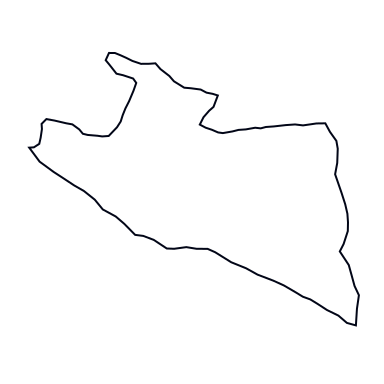 Livera, Cyprus, rotated 176°
{"feature_id": "46923920B2893427374385", "entity_name": "Livera", "entity_type": "district", "adm_level": 2, "iso_a3": "CYP", "parent_name": "Cyprus", "parent_adm1": "", "projection": "equal_earth", "projection_center": [32.951, 35.381], "detail": "fine", "context": "isolated", "style": "outline", "palette": "ink", "viewbox_px": 384, "rotation_deg": 176, "n_neighbors": 0, "source": "geoboundaries", "source_scale": "gbopen_adm2", "svg_char_len": 1513}
<svg xmlns="http://www.w3.org/2000/svg" viewBox="0 0 384 384"><g transform="rotate(176 192 192)"><path d="M351.3,247.6L341.9,232.9L328.8,221.8L321.5,216.3L309.1,206.8L299.7,200.5L289.5,191.1L282.2,180.8L269.8,172.9L261.8,165.0L251.7,153.2L243.7,151.6L233.5,146.9L221.1,137.4L213.8,136.6L201.5,137.4L191.3,135.0L180.4,134.2L173.1,130.3L166.6,125.6L157.8,119.2L143.3,112.1L132.4,105.0L117.1,97.9L106.9,92.4L95.3,84.5L88.7,79.8L81.5,76.6L74.9,71.9L65.5,64.8L54.6,58.5L46.6,50.6L37.8,47.5L35.6,64.0L32.7,77.4L36.4,86.9L38.6,97.9L40.7,108.2L48.7,122.4L44.4,129.5L39.3,142.1L38.5,150.8L38.5,159.5L40.0,169.0L42.9,180.8L48.0,199.7L45.1,210.8L43.6,225.0L44.4,232.9L50.2,242.4L54.2,251.2L63.1,251.7L69.6,251.2L76.6,250.7L84.5,252.2L93.8,252.2L105.9,251.7L113.8,251.7L119.0,250.7L124.5,251.7L133.9,250.7L141.3,250.7L147.4,249.6L157.1,248.6L161.8,249.6L167.8,252.7L173.9,255.2L179.5,258.7L175.3,265.8L169.2,271.9L164.6,275.4L159.5,286.5L164.6,288.5L170.6,290.1L176.2,293.6L186.0,295.6L192.5,296.6L202.3,303.7L206.5,309.3L214.9,316.8L219.5,322.9L225.6,322.9L233.9,323.4L242.3,326.9L248.4,330.5L254.0,333.5L259.1,336.0L265.1,336.5L268.9,329.5L265.6,324.9L259.1,315.3L252.6,313.3L242.8,309.3L240.0,304.7L243.3,297.1L248.4,287.0L252.6,280.0L255.8,273.4L258.2,267.3L262.3,261.8L271.2,253.7L277.7,253.7L282.4,254.7L292.1,256.2L296.8,257.7L300.1,262.3L306.6,267.8L312.6,269.3L324.3,272.9L332.2,274.9L337.3,270.4L337.3,265.3L339.2,256.7L341.0,250.7L346.6,247.6L351.3,247.6Z" fill="none" stroke="#020617" stroke-width="2"/></g></svg>